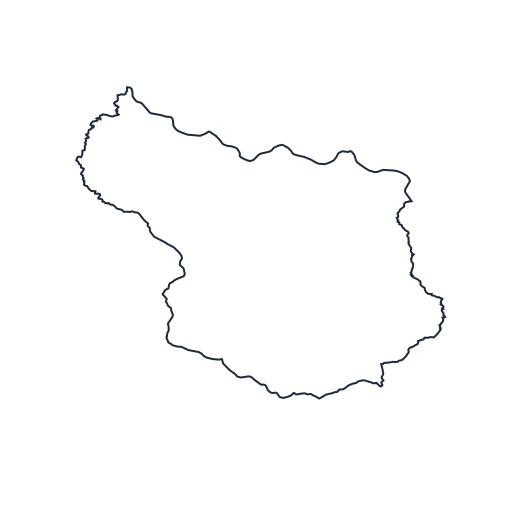 Anzá, Antioquia, Colombia, rotated 285°
{"feature_id": "7082276B98317886135707", "entity_name": "Anzá", "entity_type": "district", "adm_level": 2, "iso_a3": "COL", "parent_name": "Colombia", "parent_adm1": "Antioquia", "projection": "equal_earth", "projection_center": [-75.914, 6.314], "detail": "fine", "context": "isolated", "style": "outline", "palette": "slate", "viewbox_px": 512, "rotation_deg": 285, "n_neighbors": 0, "source": "geoboundaries", "source_scale": "gbopen_adm2", "svg_char_len": 6025}
<svg xmlns="http://www.w3.org/2000/svg" viewBox="0 0 512 512"><g transform="rotate(285 256 256)"><path d="M385.7,87.9L384.0,88.0L382.3,88.8L380.3,88.0L378.7,88.1L377.7,86.8L377.2,83.7L376.0,82.2L375.4,80.6L372.1,81.9L370.2,82.1L369.7,81.8L368.3,80.0L367.0,79.3L366.1,80.0L365.8,81.0L364.8,81.5L365.0,83.2L364.3,84.6L360.4,82.9L359.7,83.8L359.9,84.6L358.3,84.4L357.0,86.7L356.2,85.8L355.5,84.1L353.7,81.4L353.3,78.8L353.7,75.2L353.3,73.4L353.3,71.5L352.2,70.8L351.4,69.2L350.6,68.9L349.2,69.1L348.3,70.4L347.8,70.4L348.5,68.5L347.8,66.4L347.6,66.3L347.4,67.5L346.2,67.9L345.4,67.3L343.5,63.4L340.8,62.2L339.7,62.3L339.2,63.6L339.9,64.9L339.5,65.7L338.9,65.9L337.8,65.4L337.0,64.0L335.6,63.6L334.6,62.0L333.1,61.8L331.7,62.3L330.6,62.2L329.5,60.4L328.7,61.0L327.9,63.2L327.2,63.7L326.6,63.3L325.4,61.1L325.0,61.0L323.2,62.2L321.0,61.5L320.6,62.3L320.0,62.7L317.8,62.2L314.2,63.2L313.6,62.6L312.9,61.1L309.2,61.9L306.5,61.6L306.0,61.0L306.1,59.0L305.4,58.1L301.9,57.6L301.3,59.2L300.5,60.3L298.9,61.5L298.6,62.9L298.1,63.5L296.2,64.0L295.9,66.7L295.6,67.2L292.2,66.4L291.3,65.8L289.7,65.8L288.9,67.9L287.4,68.4L286.6,69.4L285.1,69.0L284.1,70.8L283.2,70.4L282.1,71.4L280.3,71.4L279.7,73.3L279.8,74.7L277.7,77.1L276.4,79.5L276.2,80.6L276.9,83.3L276.9,84.2L275.3,84.0L274.7,84.3L274.6,85.3L275.5,87.6L275.4,89.0L274.3,89.9L272.6,88.9L271.2,88.6L270.7,88.9L270.6,89.7L271.1,91.1L271.0,92.2L270.0,93.5L268.9,93.5L268.9,95.5L268.1,96.6L268.4,97.8L268.2,98.8L268.9,99.7L268.8,100.7L267.9,101.9L268.3,103.8L268.2,104.9L267.7,106.2L265.8,109.4L265.9,114.1L265.4,115.3L264.4,116.7L265.3,119.5L265.8,122.6L267.0,124.7L267.1,125.5L266.8,127.6L267.2,130.3L266.8,131.8L262.0,138.3L260.5,140.8L259.7,142.9L259.4,143.3L257.1,143.5L255.5,146.3L253.8,146.7L251.9,147.8L248.2,152.8L245.8,164.0L244.6,167.5L243.1,174.4L239.4,180.9L236.9,183.9L234.4,185.2L231.5,184.2L228.0,184.6L227.5,185.0L225.5,188.9L225.0,189.4L220.7,191.7L218.7,191.8L217.4,191.0L213.3,185.5L211.3,183.4L209.1,181.9L207.6,180.1L206.2,179.5L202.1,179.8L199.8,177.2L195.0,175.7L194.5,176.1L193.8,177.5L191.4,180.9L188.6,180.7L187.1,182.5L185.2,183.8L183.8,187.1L180.7,188.7L177.9,190.9L175.4,191.0L168.0,188.4L165.0,189.9L161.8,190.9L157.8,190.3L155.4,190.8L154.1,190.5L149.7,193.9L149.1,196.5L148.2,198.8L148.2,204.0L149.0,207.5L147.6,214.8L148.4,225.5L147.7,228.5L145.8,231.8L145.1,234.4L145.2,240.7L146.3,247.1L147.4,249.1L147.5,249.9L144.0,251.8L143.0,253.1L138.8,260.5L136.5,266.5L134.7,269.2L134.7,272.3L135.2,274.2L137.5,279.1L138.0,280.7L137.9,282.1L137.4,284.0L136.0,286.6L133.1,294.0L133.1,294.7L133.8,296.6L133.6,298.3L132.8,299.6L129.7,302.0L128.1,304.8L127.9,307.3L129.1,310.5L129.1,311.4L125.9,315.4L125.9,318.3L126.2,319.5L128.1,323.0L129.9,325.3L131.6,326.8L133.5,327.8L133.5,328.4L132.8,330.5L133.0,331.7L134.8,335.3L135.8,338.2L136.0,339.4L135.6,341.3L137.0,344.8L136.2,346.9L135.8,350.1L135.0,352.4L134.8,354.2L140.3,359.6L143.2,365.1L145.0,367.6L145.5,369.2L146.2,370.0L148.4,370.9L150.0,375.0L155.5,379.4L158.3,383.4L159.1,385.5L161.0,386.7L163.5,391.1L164.0,394.1L163.5,403.0L164.6,405.2L162.5,409.0L162.3,409.9L162.7,411.0L164.3,411.4L165.3,410.3L166.5,409.8L168.8,411.3L170.3,409.3L171.3,408.7L175.1,409.5L180.9,406.7L184.0,404.9L184.9,406.9L185.9,407.4L187.2,411.3L189.1,415.4L190.2,419.8L191.8,421.2L193.3,423.9L196.1,425.8L198.9,427.2L200.7,427.5L201.9,428.4L202.8,428.4L204.6,427.4L205.8,427.7L207.7,428.7L208.0,429.9L213.0,435.0L214.3,435.1L215.8,434.5L217.1,436.6L218.0,437.5L218.5,439.1L219.1,439.6L220.3,439.7L220.9,440.3L221.3,442.7L222.9,445.7L223.4,448.9L227.5,451.3L232.5,453.3L232.8,453.4L233.4,452.6L234.2,453.0L235.3,451.7L236.1,451.9L237.1,451.2L237.8,452.2L238.8,452.2L240.5,453.3L242.9,453.4L244.8,452.2L245.0,453.3L245.6,453.4L246.0,454.4L246.6,453.9L247.2,452.5L249.3,451.8L251.3,449.5L252.7,449.4L253.1,450.4L253.8,449.4L254.7,450.3L255.9,450.0L256.6,448.9L256.9,447.0L257.2,446.7L258.3,447.2L259.2,446.3L261.6,446.5L261.7,446.9L263.0,447.1L263.2,444.2L263.6,443.6L263.0,441.7L263.7,438.3L263.5,435.9L263.9,435.5L264.8,435.5L264.0,432.9L264.7,430.2L266.4,428.3L268.8,427.2L269.8,423.8L271.2,422.1L272.9,421.9L274.1,421.1L274.3,419.9L275.2,418.6L275.9,414.2L276.8,411.7L277.2,411.3L277.6,412.1L278.3,410.4L279.0,410.9L279.9,409.7L281.2,410.4L283.2,409.9L284.1,410.5L288.7,410.0L289.5,409.5L291.0,407.4L292.7,407.1L293.3,406.5L295.9,407.0L297.1,406.4L297.6,407.5L298.3,408.0L299.1,406.0L300.1,404.8L301.6,404.0L303.7,404.0L307.4,400.1L308.4,399.8L309.1,400.1L310.9,399.1L313.1,398.7L314.4,397.1L315.1,396.7L316.0,396.8L317.1,397.6L318.0,397.4L318.8,396.5L319.6,393.3L320.8,391.9L321.5,390.2L323.4,388.9L323.8,386.2L325.5,385.7L325.5,384.5L325.9,383.9L327.1,384.2L327.7,383.2L328.3,383.1L329.4,382.1L330.3,383.1L330.7,383.2L332.3,382.7L333.6,381.7L334.2,381.8L336.2,383.0L338.0,383.1L342.1,386.3L344.3,385.6L345.4,385.9L347.0,387.0L347.7,388.9L348.5,389.9L348.7,391.4L349.2,392.1L355.6,384.3L356.9,383.2L359.0,382.9L368.1,385.3L369.8,384.3L371.6,382.2L372.5,380.8L374.0,375.7L374.5,371.2L374.3,367.5L372.1,356.5L368.5,351.2L367.9,349.6L367.7,347.8L367.9,343.2L368.8,339.6L372.6,329.5L374.0,328.0L379.3,324.6L381.3,321.7L381.8,320.1L380.2,317.8L379.7,313.0L379.2,311.9L377.6,310.0L376.2,308.8L373.0,308.2L369.1,306.7L367.9,305.8L364.4,301.7L362.5,298.6L361.4,292.8L361.7,289.9L363.2,284.4L364.2,277.0L363.9,270.1L364.1,265.9L364.9,264.5L366.8,262.4L368.7,259.1L370.0,254.1L370.0,252.0L368.3,248.9L365.1,245.2L362.2,243.8L360.3,242.0L356.0,233.9L354.3,232.3L348.1,228.7L346.1,225.6L346.1,223.4L346.5,220.0L347.4,216.0L348.3,214.5L350.6,213.9L351.8,213.2L354.5,210.4L355.3,208.7L355.6,204.2L355.0,199.4L355.3,195.9L355.8,194.7L358.9,190.7L361.7,186.0L364.0,179.1L363.9,178.0L361.3,175.7L357.7,171.0L355.5,158.8L356.0,152.1L356.7,148.0L358.0,145.4L359.7,143.3L361.2,142.2L365.3,140.8L366.6,140.0L367.8,138.7L368.0,136.3L367.3,133.3L367.5,128.1L366.7,117.9L367.0,116.3L373.8,106.4L374.2,104.8L374.3,101.2L374.7,100.0L376.7,97.2L378.6,95.3L382.4,94.2L385.2,92.6L386.1,90.7L385.7,87.9Z" fill="none" stroke="#1e293b" stroke-width="2"/></g></svg>